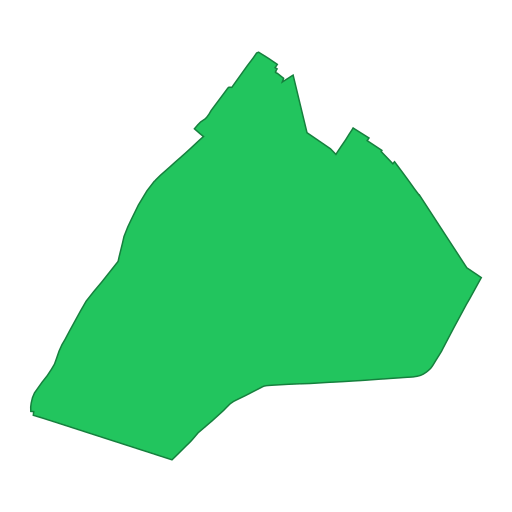 outline of San Gregorio Atzompa, Puebla, Mexico
{"feature_id": "50627088B24169685204164", "entity_name": "San Gregorio Atzompa", "entity_type": "district", "adm_level": 2, "iso_a3": "MEX", "parent_name": "Mexico", "parent_adm1": "Puebla", "projection": "albers", "projection_center": [-98.344, 19.013], "detail": "fine", "context": "isolated", "style": "filled", "palette": "green", "viewbox_px": 512, "rotation_deg": 0, "n_neighbors": 0, "source": "geoboundaries", "source_scale": "gbopen_adm2", "svg_char_len": 2475}
<svg xmlns="http://www.w3.org/2000/svg" viewBox="0 0 512 512"><path d="M256.6,53.0L253.1,58.1L247.4,65.6L237.0,80.1L231.8,87.4L229.8,87.2L228.5,87.4L227.6,88.4L224.5,92.6L211.2,110.4L209.0,114.2L206.7,117.3L205.0,119.0L200.7,121.9L198.0,124.6L194.4,128.8L196.6,130.7L199.7,133.4L202.1,135.4L203.5,136.5L199.7,139.9L197.0,142.4L193.8,145.4L190.9,148.1L185.0,153.5L175.1,162.2L169.0,167.7L160.6,175.1L156.0,179.6L155.0,180.8L154.2,181.4L146.9,190.9L138.4,205.0L131.3,219.5L127.8,226.9L124.0,236.5L122.5,243.1L121.8,245.9L119.1,256.9L118.1,261.4L101.7,282.1L93.8,291.5L86.2,301.1L80.6,310.8L69.9,330.3L65.6,338.4L65.2,339.2L62.0,344.6L59.2,350.8L59.0,351.3L56.3,359.1L54.5,364.1L51.5,369.2L47.3,375.6L42.1,382.2L34.5,392.9L32.5,397.6L31.2,403.1L30.7,407.0L30.8,411.4L33.7,411.6L33.3,415.3L43.6,418.4L172.0,459.8L175.6,456.3L182.1,449.9L182.8,449.2L187.1,444.9L187.4,444.7L190.9,441.2L192.5,439.4L195.4,436.0L198.2,432.7L212.7,420.3L223.6,410.4L226.4,407.5L228.4,405.5L229.1,404.8L229.6,404.3L230.3,403.7L231.1,403.1L232.3,402.3L233.7,401.3L234.4,401.0L235.9,400.2L239.0,398.7L245.2,395.7L254.7,390.8L261.5,387.3L262.5,386.8L263.3,386.4L263.9,386.2L264.5,386.0L265.2,385.9L266.1,385.7L267.0,385.6L269.5,385.4L274.0,385.1L275.9,385.0L276.0,385.0L288.0,384.3L299.4,383.8L300.6,383.8L300.8,383.8L309.9,383.5L313.2,383.3L318.0,383.0L329.0,382.3L333.8,382.1L343.1,381.6L355.9,380.8L359.8,380.6L360.0,380.6L362.8,380.4L364.4,380.3L376.4,379.4L380.4,379.1L384.2,378.9L390.9,378.4L399.9,377.8L402.4,377.6L406.8,377.3L410.5,377.1L412.1,377.0L413.3,376.9L415.0,376.6L417.0,376.3L419.0,375.8L420.7,375.3L422.2,374.6L423.3,374.1L423.6,373.9L425.0,373.0L426.5,372.0L428.2,370.6L429.2,369.7L430.3,368.7L430.6,368.4L431.9,366.7L433.0,365.1L435.9,360.3L440.4,353.1L441.5,351.3L441.7,350.9L441.9,350.5L443.0,348.3L444.6,345.3L445.0,344.5L450.1,334.8L454.0,327.4L455.6,324.4L457.4,321.1L463.1,310.5L466.6,304.0L469.7,298.7L472.0,294.5L475.8,287.6L477.0,285.4L481.3,277.6L481.0,277.4L466.8,267.8L419.4,195.0L419.2,195.2L414.6,189.1L409.4,181.8L403.1,173.2L394.8,162.1L394.7,161.9L394.5,161.7L392.9,163.8L381.2,151.6L381.9,150.4L367.1,140.6L369.0,138.0L353.1,128.0L351.9,130.0L349.2,134.1L345.6,139.9L341.2,146.3L337.8,151.4L336.6,153.3L335.9,154.4L330.5,148.8L307.0,132.7L300.4,105.4L293.1,75.1L282.3,82.0L283.6,78.3L277.2,73.2L276.6,73.2L275.5,72.3L275.9,71.6L275.6,71.3L277.1,68.9L275.1,67.7L277.3,64.4L268.7,58.5L258.6,52.2L256.6,53.0Z" fill="#22c55e" stroke="#15803d" stroke-width="1.5"/></svg>